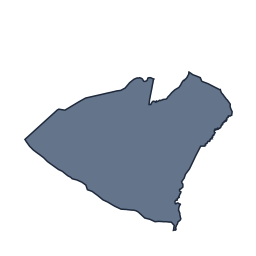 the district of Ikere, Ekiti, Nigeria, rotated 25°
{"feature_id": "59680162B84830000650933", "entity_name": "Ikere", "entity_type": "district", "adm_level": 2, "iso_a3": "NGA", "parent_name": "Nigeria", "parent_adm1": "Ekiti", "projection": "equal_earth", "projection_center": [5.272, 7.511], "detail": "fine", "context": "isolated", "style": "filled", "palette": "slate", "viewbox_px": 256, "rotation_deg": 25, "n_neighbors": 0, "source": "geoboundaries", "source_scale": "gbopen_adm2", "svg_char_len": 5401}
<svg xmlns="http://www.w3.org/2000/svg" viewBox="0 0 256 256"><g transform="rotate(25 128 128)"><path d="M212.4,201.6L212.7,201.4L212.8,200.9L213.0,200.8L213.4,200.8L214.2,200.5L214.4,199.7L214.2,199.2L213.6,198.8L213.2,198.5L213.3,198.0L213.3,197.3L213.2,196.8L213.0,195.8L213.2,194.9L213.3,194.2L213.2,193.4L213.1,192.6L213.0,191.7L213.4,191.1L213.9,190.3L214.2,189.5L214.3,188.8L214.2,187.9L213.8,187.3L213.3,187.0L212.9,186.4L212.4,185.6L211.6,184.7L210.9,183.2L210.0,182.5L209.3,181.6L208.6,181.3L208.1,179.7L207.9,179.4L207.7,178.5L207.6,177.3L207.5,176.3L207.8,175.2L207.6,174.9L206.2,175.1L205.0,174.8L204.2,175.3L203.8,176.0L203.5,176.5L202.9,176.6L202.1,175.7L201.7,175.2L201.7,174.9L201.6,174.2L201.8,173.7L202.0,173.1L202.8,172.9L203.1,172.4L202.7,171.7L202.5,171.3L202.9,170.8L203.1,169.8L203.7,169.3L203.5,169.0L203.1,169.0L202.9,168.6L203.1,168.0L203.1,167.2L202.9,166.3L203.0,166.0L203.1,165.1L203.1,164.5L203.0,163.9L203.0,163.5L202.4,163.4L202.1,163.4L201.8,163.4L201.4,163.2L201.0,162.7L200.9,162.4L200.7,162.0L200.8,161.6L201.0,161.5L201.5,161.2L202.1,159.7L202.7,158.5L202.4,157.7L202.0,156.8L201.5,155.9L201.2,155.5L200.5,155.3L199.9,154.7L199.3,154.1L200.1,149.6L199.6,145.7L201.0,139.1L201.1,128.9L201.1,124.9L201.4,117.8L201.5,115.2L201.5,114.3L201.6,113.7L204.3,112.4L205.1,112.0L205.4,111.6L205.2,111.3L205.1,110.7L205.0,110.2L205.5,110.2L205.3,109.6L205.5,108.9L205.7,108.7L206.1,108.5L206.0,107.9L206.1,107.2L206.0,106.7L206.2,106.3L206.5,106.0L207.0,106.0L207.4,105.8L207.7,105.3L207.7,104.9L207.5,104.7L207.3,104.5L207.4,104.4L207.5,103.8L207.3,103.6L207.3,103.3L207.4,103.2L207.6,103.3L207.6,103.5L207.7,103.4L207.7,103.2L207.6,102.9L207.9,102.7L208.0,102.5L208.4,102.3L208.1,102.2L207.9,102.1L207.9,101.9L208.1,101.8L208.3,101.9L208.4,101.7L208.4,101.4L208.2,101.2L208.3,101.0L208.5,101.1L208.6,100.9L208.6,100.6L208.4,100.6L208.1,100.4L208.0,100.0L208.0,99.5L208.1,99.2L208.2,98.9L208.5,98.8L208.6,98.7L208.4,98.6L208.3,98.3L208.4,98.1L208.6,97.9L208.9,96.5L208.8,95.7L208.8,95.4L208.3,95.5L207.8,94.9L207.5,94.1L207.3,93.8L207.3,93.4L207.5,93.3L207.5,93.1L207.4,93.0L207.4,92.6L207.6,92.7L207.7,92.9L207.9,93.1L208.2,92.9L208.4,92.8L208.5,92.3L208.2,92.2L208.1,91.9L208.4,91.8L208.7,91.9L208.9,91.9L209.1,91.8L208.9,91.4L209.0,91.2L209.1,90.7L209.3,90.8L209.5,90.4L209.9,90.7L210.2,91.0L210.4,90.8L210.2,90.2L210.6,89.9L210.8,89.6L211.2,89.6L211.3,89.1L211.7,88.5L211.7,87.5L211.6,86.9L211.4,86.5L211.4,86.3L211.7,86.3L211.8,85.8L211.8,85.3L212.2,85.1L212.3,84.9L212.2,84.5L212.0,84.1L211.8,84.3L211.6,83.7L212.0,83.5L212.2,82.8L212.4,82.6L212.5,82.6L212.6,82.3L212.4,81.9L212.4,81.5L212.7,81.0L212.8,81.5L213.1,81.4L213.3,80.9L213.5,80.5L214.0,80.3L213.9,79.9L214.1,79.4L214.1,78.9L213.7,78.8L213.5,78.6L213.8,78.3L213.5,78.0L213.5,76.9L213.9,76.6L214.2,76.2L213.9,75.9L214.1,75.5L214.0,74.9L213.9,74.6L214.2,74.5L214.5,74.4L215.0,74.3L215.4,74.2L215.5,73.7L216.2,73.0L216.6,72.6L215.5,69.2L213.0,67.1L211.5,65.4L210.6,63.2L209.4,62.5L206.1,60.6L205.3,60.5L204.1,59.8L201.2,58.3L200.4,57.8L197.8,56.6L196.5,55.4L195.8,54.6L195.4,54.1L194.9,54.5L188.7,54.3L181.8,54.0L175.5,54.5L174.6,54.1L173.4,52.8L172.8,52.5L172.3,51.8L167.9,52.0L164.3,52.3L159.8,51.5L159.6,51.5L159.7,51.9L159.9,52.7L160.2,53.2L160.3,53.9L160.2,54.9L160.1,56.1L160.1,57.1L160.0,57.5L159.9,57.9L159.8,58.5L159.6,59.0L159.3,59.5L159.1,59.9L158.9,61.2L158.3,61.2L158.1,61.4L157.7,63.5L157.7,64.0L157.5,64.9L157.6,65.7L157.6,66.4L157.0,69.7L154.4,73.5L152.7,77.5L151.8,80.9L151.1,82.6L150.8,84.8L150.5,85.4L150.0,86.0L148.9,86.6L148.2,87.0L147.5,87.5L147.3,88.0L146.8,88.5L146.5,88.6L146.1,89.0L145.9,89.4L145.4,89.5L144.8,89.6L144.5,90.2L144.0,91.2L143.5,91.6L143.0,91.6L142.7,91.4L142.3,91.5L142.3,92.0L142.4,92.9L142.0,92.9L141.4,92.9L141.1,92.7L140.8,92.7L139.6,93.0L139.4,93.1L139.3,93.6L139.1,93.9L138.9,94.6L138.7,96.0L138.7,96.5L138.8,97.0L138.5,97.3L138.2,97.4L137.9,97.4L137.6,97.5L137.4,97.6L137.1,97.8L136.9,97.2L136.2,95.0L135.9,94.1L135.6,93.3L135.2,91.5L134.7,89.6L134.5,89.0L134.3,87.9L134.0,86.8L133.3,83.9L133.0,82.6L132.6,81.1L132.1,79.2L131.7,77.7L131.5,76.6L131.1,75.3L130.7,73.7L130.8,72.7L129.8,72.8L129.2,72.9L128.7,72.8L128.0,72.8L127.6,72.8L127.1,72.9L126.7,73.1L126.0,73.4L125.3,73.9L125.0,74.1L125.0,74.7L125.0,75.0L125.1,75.7L125.1,76.6L124.9,77.5L124.3,77.9L124.2,78.1L123.6,78.6L123.2,78.8L122.9,79.0L122.3,78.9L121.2,78.1L120.8,77.8L120.4,77.6L120.0,77.4L119.6,77.4L119.1,77.3L118.5,77.4L118.0,77.4L117.5,77.5L117.2,77.5L116.5,78.3L115.5,78.6L115.0,78.9L114.3,79.6L112.8,81.3L111.8,83.3L110.3,86.3L110.1,87.2L108.5,93.0L105.5,97.0L104.7,97.5L103.3,98.4L102.2,99.1L101.3,99.8L99.9,100.9L98.9,101.7L97.8,102.6L94.6,105.0L89.9,108.7L81.0,115.6L77.4,118.4L76.9,118.8L76.6,119.2L74.2,122.5L72.4,125.0L63.3,138.5L57.3,140.2L56.3,141.6L39.4,181.9L41.7,183.4L46.5,186.1L51.3,187.9L55.4,188.8L60.1,189.7L64.2,190.6L69.0,192.4L73.0,193.2L77.8,194.1L82.6,195.0L86.6,195.0L93.5,196.7L97.0,196.9L98.9,197.6L100.4,197.3L103.7,196.7L109.1,196.6L113.9,197.5L117.3,201.1L122.2,200.6L127.6,201.7L128.8,201.9L135.6,203.7L137.7,203.7L139.6,203.7L141.1,203.7L144.8,204.1L149.2,204.5L156.0,204.5L160.8,202.6L166.2,200.8L167.7,200.1L170.3,199.6L173.0,199.8L179.7,202.0L181.2,202.5L186.6,201.5L192.1,201.5L195.4,199.6L200.8,197.5L202.2,196.8L205.0,195.9L207.0,195.0L211.1,196.8L211.5,198.4L211.9,199.7L212.1,200.4L212.4,201.6Z" fill="#64748b" stroke="#1e293b" stroke-width="1.5"/></g></svg>